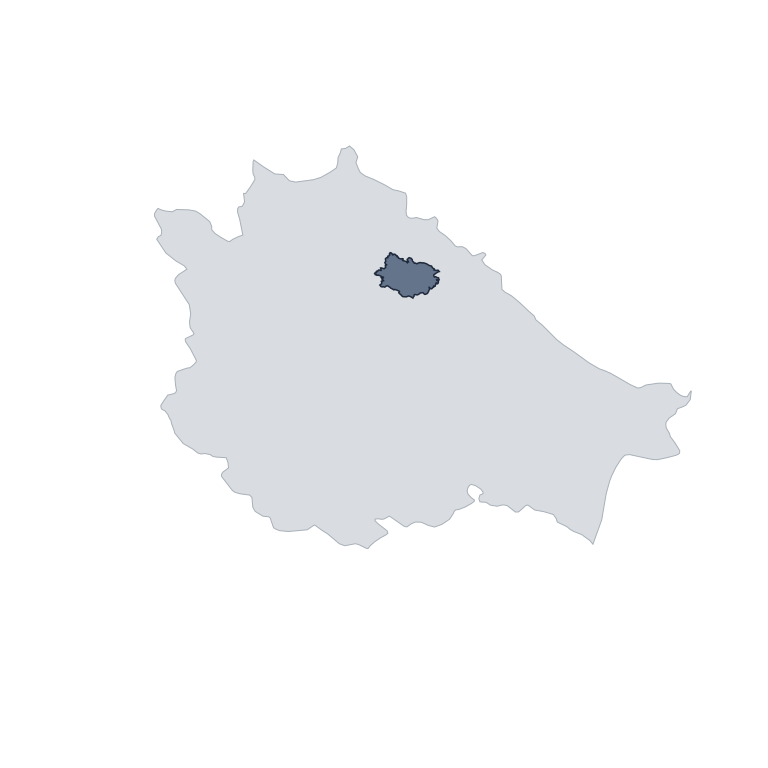 location of Pyetrykaw, Gomel, Belarus, rotated 213°
{"feature_id": "67162791B78152292733501", "entity_name": "Pyetrykaw", "entity_type": "district", "adm_level": 2, "iso_a3": "BLR", "parent_name": "Belarus", "parent_adm1": "Gomel", "projection": "equal_earth", "projection_center": [28.643, 52.294], "detail": "fine", "context": "in_parent", "style": "filled", "palette": "slate", "viewbox_px": 768, "rotation_deg": 213, "n_neighbors": 0, "source": "geoboundaries", "source_scale": "gbopen_adm2", "svg_char_len": 9398}
<svg xmlns="http://www.w3.org/2000/svg" viewBox="0 0 768 768"><g transform="rotate(213 384 384)"><path d="M615.2,501.0L603.7,500.5L590.0,500.7L582.4,504.9L574.0,502.9L568.1,505.2L554.7,516.7L549.5,522.8L544.5,532.4L541.6,539.4L543.3,544.4L545.9,549.0L546.5,554.0L547.8,557.9L544.5,560.7L542.6,564.8L536.8,564.1L529.7,560.2L528.2,554.5L522.7,550.5L519.1,548.5L513.3,548.2L503.9,550.0L491.6,551.4L482.4,551.8L477.3,553.8L469.9,555.8L467.0,553.5L462.8,547.0L459.4,540.6L457.0,537.8L455.0,537.1L452.5,537.2L449.6,539.2L447.5,541.3L439.7,543.7L436.3,546.0L432.6,551.9L430.1,551.5L427.5,550.1L424.6,543.5L420.5,542.0L414.0,541.9L406.0,540.6L399.5,538.6L397.1,539.0L393.2,541.8L389.0,542.2L379.8,539.7L378.0,540.9L372.7,548.1L370.2,548.5L368.8,547.6L369.6,541.3L364.3,539.0L355.2,538.7L348.9,539.6L345.8,539.4L344.2,538.1L336.6,527.6L332.5,526.9L325.2,527.4L314.3,526.1L301.9,523.8L295.1,522.9L291.5,520.5L283.9,519.7L263.3,515.3L254.9,514.5L242.5,514.4L223.7,513.4L211.6,514.0L205.9,515.4L199.4,516.4L177.0,517.6L168.9,518.8L166.6,521.0L163.8,525.8L154.3,534.2L145.1,539.8L143.5,540.3L138.3,537.3L133.9,536.3L128.8,536.0L125.2,537.0L122.8,538.4L122.9,544.9L122.4,545.4L118.7,537.7L119.2,530.7L121.6,526.8L124.4,523.2L123.4,517.8L126.3,510.7L126.6,505.6L125.5,503.4L123.4,500.9L117.7,498.0L115.2,495.8L107.4,492.9L99.7,489.2L98.5,487.0L98.9,485.4L100.4,483.1L106.6,476.3L113.3,469.6L117.5,467.0L139.7,458.5L143.2,455.5L144.2,450.5L144.2,440.4L143.1,431.2L141.7,424.9L137.9,413.0L127.4,388.6L121.5,363.4L125.9,364.8L136.2,365.4L144.5,363.7L148.8,363.4L152.6,364.0L163.5,362.6L166.1,364.8L170.8,366.8L180.4,364.0L189.0,360.4L197.7,360.8L199.0,359.0L201.4,350.1L204.0,348.2L214.5,349.1L218.4,347.5L222.5,343.1L228.7,340.4L233.9,340.4L239.3,337.4L241.9,339.4L243.1,343.1L241.2,346.0L242.0,347.2L245.6,348.6L252.0,348.6L256.1,347.3L257.1,345.7L257.1,342.6L256.2,339.8L253.5,337.3L248.5,336.1L245.0,336.0L244.4,334.5L245.7,331.2L248.9,325.1L252.9,319.5L255.3,317.5L255.7,315.5L255.3,312.2L255.4,306.2L259.0,297.8L263.7,291.6L269.9,289.5L277.5,288.4L282.4,285.4L284.8,282.0L287.0,276.6L289.4,275.6L307.5,276.2L310.4,270.9L312.0,269.4L315.5,267.8L317.9,265.9L317.0,264.4L312.4,263.5L301.5,262.6L299.4,260.9L300.1,258.7L303.1,253.2L306.0,246.2L307.5,240.7L307.7,237.4L309.2,236.6L318.1,235.5L321.1,234.4L328.8,227.0L334.6,225.7L349.5,227.6L356.4,227.5L365.1,228.0L365.9,227.3L369.0,219.9L383.9,208.2L391.8,204.1L396.7,203.2L398.5,203.4L406.4,209.6L408.3,209.9L413.5,207.2L422.7,207.0L426.9,209.2L432.9,216.8L436.1,217.7L445.0,213.5L449.9,212.0L453.1,212.1L469.9,218.0L471.1,219.9L471.2,222.1L468.7,229.0L472.2,233.3L476.2,236.2L484.8,231.4L488.0,230.1L491.4,230.1L496.1,228.3L499.4,225.6L502.6,224.7L508.8,225.3L519.9,224.7L532.9,228.9L534.1,230.2L540.6,235.1L542.9,237.5L545.1,238.3L548.6,240.7L553.2,242.2L556.4,241.8L558.0,242.6L559.5,244.5L559.6,247.7L559.3,256.9L554.7,261.8L554.1,263.4L554.4,265.5L558.2,269.5L563.0,275.7L564.2,279.3L564.2,282.0L557.9,290.0L555.7,291.9L554.3,295.8L553.6,299.8L554.1,301.5L565.1,307.8L573.2,311.3L575.0,313.0L575.2,314.0L571.0,320.9L570.7,322.8L577.2,325.6L580.9,330.1L584.2,337.4L590.5,344.5L613.7,354.8L615.7,356.7L616.5,358.9L615.9,363.7L611.8,372.9L615.8,374.3L626.0,373.9L638.4,375.1L653.4,381.6L653.5,384.6L652.0,387.2L653.1,390.1L654.8,392.5L667.9,399.8L669.2,401.9L669.5,405.5L669.2,408.1L665.7,408.7L661.8,409.9L655.4,413.1L652.9,417.5L642.6,423.7L636.2,426.4L631.0,426.6L618.7,425.3L614.3,422.3L612.5,419.5L607.7,418.2L601.4,418.1L592.8,418.6L591.0,419.4L589.7,422.9L586.1,428.7L583.5,432.0L594.8,443.6L600.4,448.4L602.2,451.3L602.2,453.4L599.6,455.9L600.1,460.8L605.6,467.4L603.8,468.4L603.4,476.4L603.6,485.0L605.1,487.1L608.1,488.8L610.6,492.0L614.8,499.1L615.2,501.0Z" fill="#d9dde1" stroke="#a8b0b8" stroke-width="1"/><path d="M418.2,506.4L418.3,506.3L418.6,506.0L418.8,505.9L419.2,505.8L419.6,505.7L419.8,505.6L420.1,505.3L420.1,505.1L420.7,504.6L421.0,504.4L421.2,504.1L421.4,503.8L421.5,503.5L421.6,503.3L421.7,503.0L421.9,502.7L422.3,502.6L422.7,502.6L423.2,502.6L423.4,502.6L423.6,502.4L423.8,502.3L424.0,502.0L424.2,501.9L424.4,501.8L424.7,501.9L425.0,502.1L425.2,502.3L425.7,502.4L426.1,502.4L426.7,502.5L427.2,502.8L427.8,503.2L428.0,503.5L428.3,503.9L428.6,503.9L429.0,503.9L429.4,503.9L429.6,504.1L430.0,504.2L430.3,504.1L430.5,504.0L430.9,503.8L431.3,503.8L431.7,503.6L431.9,503.3L432.0,503.0L432.1,502.7L432.1,502.3L432.1,502.0L432.1,501.7L432.4,501.4L432.4,501.1L432.2,500.9L431.9,500.6L431.5,500.4L430.8,500.2L430.3,500.0L430.1,499.8L430.5,499.7L430.5,499.2L430.5,498.9L430.4,498.6L430.4,498.3L430.6,498.3L431.0,498.4L431.4,498.8L431.6,498.9L432.1,498.9L432.4,498.8L432.7,498.6L433.2,498.4L434.0,498.3L434.5,498.2L434.8,498.0L435.2,497.9L435.6,497.8L435.9,497.9L436.1,498.3L436.2,498.6L436.0,498.9L435.9,499.2L436.2,499.4L436.7,499.2L437.0,499.0L437.5,498.6L437.9,498.3L438.2,498.0L438.6,497.8L439.2,497.8L439.7,497.5L440.3,497.5L440.6,497.6L440.9,498.0L441.0,498.1L441.3,498.2L441.6,498.1L441.9,498.0L442.1,497.8L442.5,497.9L442.7,498.1L442.6,498.5L442.8,498.7L443.2,498.7L443.4,498.6L443.7,498.4L444.1,498.4L444.4,498.4L444.7,498.5L444.8,498.7L445.1,498.8L445.5,498.7L445.8,498.6L446.1,498.5L446.4,498.3L446.6,498.1L446.6,497.9L446.6,497.5L446.7,497.2L447.0,497.0L447.5,497.1L447.9,497.3L448.2,497.6L448.3,497.8L448.7,497.8L449.1,497.8L449.5,497.9L449.8,497.8L450.3,497.5L450.0,497.2L449.9,496.9L450.1,496.5L450.4,496.3L450.3,496.0L450.2,495.8L449.8,495.4L449.4,495.1L449.5,494.5L449.8,494.0L450.1,493.7L450.5,493.1L450.2,492.7L449.7,492.4L449.5,492.1L449.7,491.8L450.0,491.6L450.3,491.5L450.5,491.3L450.7,491.1L450.7,490.9L450.7,490.7L450.8,490.6L450.9,490.3L451.0,490.1L451.0,489.8L450.9,489.6L450.7,489.3L450.3,488.9L449.9,488.5L449.5,488.1L449.3,487.8L449.4,487.4L449.4,486.7L449.4,486.2L448.6,485.8L448.2,485.6L448.0,485.3L447.7,485.4L447.2,485.5L446.9,485.5L446.7,485.4L446.9,485.0L447.1,484.6L447.2,484.3L447.4,484.0L447.1,483.6L446.7,483.3L446.3,483.1L446.1,482.8L446.2,482.4L446.4,481.9L446.4,481.4L446.5,481.0L446.9,480.6L447.6,480.5L448.1,480.4L448.4,480.2L448.8,480.0L449.4,479.9L449.8,479.8L450.1,479.4L449.7,479.1L449.2,478.8L449.1,478.5L449.0,478.2L448.5,477.9L448.3,477.6L448.5,477.4L449.0,477.3L449.5,477.2L450.1,477.0L450.3,476.9L450.6,476.6L450.7,476.4L450.8,476.0L450.7,475.7L450.7,475.2L451.0,474.9L451.4,474.8L451.7,474.4L451.7,474.0L451.4,473.9L451.1,473.6L451.1,473.4L451.4,473.1L451.6,472.7L452.0,472.4L452.0,472.0L452.0,471.5L451.9,471.5L451.5,471.4L451.1,471.2L450.8,470.9L450.5,471.1L450.2,471.4L450.0,471.6L449.8,471.3L449.1,471.3L448.7,471.7L448.0,472.2L447.4,472.3L446.9,472.5L446.6,472.6L445.8,472.7L445.4,472.7L445.0,472.7L444.5,472.8L443.9,472.9L443.5,473.0L442.9,473.1L442.6,473.2L442.4,473.0L442.4,472.9L442.6,472.5L442.9,472.3L443.5,472.0L444.0,471.6L443.6,471.5L443.0,471.6L442.6,471.6L442.6,471.3L442.6,470.7L442.0,470.3L441.7,470.6L441.0,470.6L440.6,470.4L440.9,470.0L441.4,469.4L441.9,469.1L442.2,468.7L441.7,468.2L441.2,467.9L440.9,467.5L440.7,467.0L440.7,466.6L441.0,465.9L441.1,465.6L441.4,465.1L441.4,464.7L440.8,464.7L440.2,464.4L440.0,464.1L439.4,464.1L438.4,464.4L437.9,464.9L437.3,465.4L436.7,465.4L436.2,465.6L435.9,466.1L435.8,466.5L435.7,467.0L435.4,467.3L435.2,467.7L435.0,468.1L434.7,468.3L434.0,468.3L432.8,468.3L431.8,468.3L430.6,468.1L429.9,468.1L429.0,468.3L428.3,468.3L427.6,468.3L427.0,468.3L426.7,468.7L426.5,469.2L425.9,469.3L425.2,469.5L424.4,469.7L423.4,469.9L422.5,470.1L421.8,470.1L421.3,469.9L421.4,469.3L421.4,468.7L420.9,468.4L420.0,468.2L419.5,468.2L418.9,468.2L418.3,467.9L417.5,467.9L416.9,467.6L416.3,467.4L415.5,467.7L414.5,468.2L413.5,468.8L412.7,469.3L412.0,470.3L411.8,470.6L411.3,471.2L410.5,471.5L409.5,471.7L408.5,471.8L407.5,471.8L406.6,471.8L406.7,472.1L406.7,472.8L406.7,473.5L406.6,473.9L406.9,474.5L407.2,474.8L407.2,475.2L407.2,475.5L406.8,475.9L406.2,476.1L405.5,476.4L404.8,476.8L404.3,477.2L404.0,477.8L403.7,478.4L403.5,478.8L403.2,479.4L403.2,480.2L402.6,480.6L402.1,480.9L401.8,481.2L401.7,481.4L401.1,481.8L400.5,481.7L399.8,481.5L399.1,481.3L398.8,481.3L398.2,481.7L397.7,482.4L397.1,483.2L396.9,484.0L397.0,484.9L397.0,485.8L397.4,487.0L397.3,487.7L397.5,488.4L397.7,488.9L398.6,489.3L398.8,489.6L398.4,489.8L397.9,489.6L396.9,489.3L396.4,489.5L395.9,489.8L395.7,490.2L395.7,490.6L395.7,491.1L395.5,491.8L395.1,492.1L395.1,492.5L395.7,492.9L395.7,493.2L395.2,493.4L394.9,493.5L394.4,493.8L394.7,494.4L394.8,495.1L395.1,495.9L395.2,496.6L395.3,497.1L395.1,497.4L394.6,497.4L394.3,497.1L394.1,496.9L393.7,497.2L393.5,497.8L393.7,498.2L393.7,498.7L393.9,499.1L394.0,499.4L394.3,499.7L395.0,499.7L395.5,499.7L396.2,499.7L396.7,500.0L396.5,500.4L395.6,500.4L394.8,500.6L394.5,501.0L394.5,501.5L395.1,501.8L395.6,502.3L396.0,502.7L396.7,502.6L397.0,502.4L397.2,502.1L397.6,502.1L398.5,502.2L399.2,502.1L399.7,501.8L399.8,501.3L400.4,501.3L401.1,501.8L401.7,502.5L401.5,503.4L401.2,503.9L400.9,504.8L400.6,505.5L400.3,506.1L400.1,506.8L399.8,507.2L399.2,508.1L398.9,508.4L399.6,508.6L400.3,508.9L400.8,508.8L401.4,508.3L401.6,508.1L402.0,507.6L402.5,507.5L403.0,507.4L403.3,507.4L403.7,506.9L404.2,506.8L404.6,507.4L404.6,507.9L405.0,508.0L405.5,507.8L406.1,507.8L406.7,507.9L407.3,508.1L407.7,508.5L407.9,508.7L408.5,508.8L409.1,508.6L409.5,508.4L410.0,508.2L410.6,508.1L411.4,508.0L412.5,508.0L413.4,508.0L414.0,507.9L414.9,507.7L416.0,507.4L416.9,507.1L417.3,506.7L417.5,506.5L418.2,506.4Z" fill="#64748b" stroke="#1e293b" stroke-width="1.5"/></g></svg>